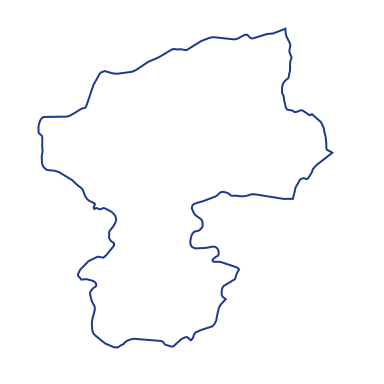 outline of Bamyan, rotated 352°
{"feature_id": "AFG-1743", "entity_name": "Bamyan", "entity_type": "Province", "adm_level": 1, "iso_a3": "AFG", "parent_name": "Afghanistan", "parent_adm1": "", "projection": "equal_earth", "projection_center": [67.218, 34.704], "detail": "fine", "context": "isolated", "style": "outline", "palette": "blue", "viewbox_px": 384, "rotation_deg": 352, "n_neighbors": 0, "source": "natural_earth", "source_scale": "10m", "svg_char_len": 4602}
<svg xmlns="http://www.w3.org/2000/svg" viewBox="0 0 384 384"><g transform="rotate(352 192 192)"><path d="M210.5,302.8L204.4,307.8L202.5,310.5L201.3,313.5L200.7,314.9L198.0,322.9L195.9,325.8L194.6,327.0L193.2,327.9L180.9,330.1L175.9,331.6L175.1,332.4L174.5,333.1L173.9,333.9L172.8,336.3L172.3,337.0L171.2,337.9L170.9,338.4L170.5,338.7L170.1,338.7L167.8,335.8L167.2,335.2L166.9,335.0L166.0,334.9L164.7,335.0L162.2,335.8L160.7,336.4L152.3,342.1L151.4,342.3L150.3,342.3L144.7,339.7L143.9,339.1L143.7,338.8L143.3,338.2L142.9,337.3L142.5,336.5L141.7,335.8L140.6,335.2L114.2,329.3L111.7,329.3L107.2,330.2L105.3,331.2L103.9,332.1L103.3,332.8L102.6,333.2L100.8,333.7L96.9,335.6L93.6,335.1L85.1,330.1L76.6,321.0L75.1,319.0L74.5,318.0L74.2,316.1L74.1,313.4L74.6,307.5L75.6,304.1L79.2,295.5L79.6,293.5L79.7,292.2L77.5,285.9L76.8,278.6L77.0,277.6L77.6,276.6L78.5,275.5L80.5,273.6L81.3,273.2L82.9,272.5L83.5,272.2L84.0,271.6L84.2,270.8L84.2,269.6L83.9,268.6L83.0,267.4L81.9,266.5L80.0,265.5L75.3,263.6L70.0,263.3L69.0,261.2L67.5,259.1L67.6,258.2L67.7,257.5L70.4,253.4L79.5,246.4L81.0,245.7L89.1,243.1L89.7,243.0L90.4,243.1L95.1,244.7L96.3,244.0L98.3,242.6L107.4,234.1L107.6,231.8L105.0,229.4L104.4,228.4L103.6,226.2L103.5,225.2L104.0,223.0L104.3,220.5L104.5,220.1L104.8,219.4L109.3,215.0L111.7,211.9L112.5,210.4L113.0,209.1L113.1,207.7L112.9,206.3L112.5,204.7L111.7,203.2L110.2,201.2L108.4,199.5L103.3,196.0L102.3,195.6L101.6,195.6L99.6,196.2L98.9,196.3L98.4,196.2L97.8,196.1L95.3,194.6L94.9,194.5L94.6,194.6L93.4,195.2L92.9,195.2L92.6,194.8L92.6,193.4L93.0,192.4L94.1,190.9L94.2,190.4L93.7,189.6L92.7,188.8L90.3,187.3L88.8,186.2L87.5,184.8L86.0,182.1L85.3,180.0L84.0,174.1L83.2,173.0L78.9,168.5L76.4,165.4L75.9,164.6L75.5,164.0L63.3,154.0L59.2,151.9L52.5,150.3L51.1,149.7L50.2,148.8L49.8,148.4L48.7,146.9L48.2,146.0L47.9,144.9L47.7,143.5L47.6,141.9L48.0,136.7L48.3,135.3L48.6,134.2L49.1,133.0L49.7,130.7L50.0,125.8L51.3,117.8L51.3,116.6L51.1,115.4L50.5,114.6L49.2,113.2L48.7,112.5L48.5,111.9L48.4,111.1L49.1,105.9L49.4,104.8L50.4,102.4L51.1,101.1L51.8,99.9L52.8,98.7L53.7,97.9L54.6,97.3L56.9,97.2L78.1,99.9L81.2,99.6L86.3,97.6L93.8,94.3L94.9,94.0L97.8,93.8L98.7,93.0L99.7,91.4L109.3,72.3L116.7,62.5L118.3,61.0L122.3,60.1L130.3,63.6L134.3,64.5L149.1,64.6L153.3,63.5L166.6,57.1L178.1,53.9L191.8,48.1L193.5,47.9L194.8,48.0L195.6,48.4L197.5,48.8L200.4,49.0L206.2,50.8L222.1,43.8L231.2,41.7L235.0,41.7L254.4,46.6L256.4,46.8L258.0,46.6L266.0,43.7L267.4,43.7L268.5,44.0L269.2,44.7L270.5,46.6L271.3,47.5L272.5,48.2L273.6,48.4L288.3,46.0L294.2,46.3L307.2,43.3L306.8,48.3L307.4,51.7L309.6,58.3L309.8,59.9L309.6,61.4L308.5,64.2L308.0,66.2L308.1,67.9L309.2,71.9L309.1,73.3L308.6,74.4L308.0,75.3L307.4,76.9L306.9,78.9L306.1,84.6L305.7,86.2L304.7,88.6L304.2,90.4L303.3,92.6L299.5,94.9L298.7,95.7L297.6,96.9L296.9,98.1L296.1,99.8L295.7,101.1L295.1,105.4L295.1,106.5L295.3,107.6L295.7,108.6L296.0,109.6L296.1,110.8L296.1,111.9L296.0,113.2L296.0,114.3L296.7,120.9L297.0,122.4L297.6,123.3L298.3,123.9L302.8,125.3L303.3,125.7L303.8,126.3L304.3,126.8L305.0,127.2L305.8,127.3L306.9,127.2L310.3,126.3L311.4,126.3L312.4,126.5L313.4,127.1L318.6,131.9L319.3,132.2L320.0,132.2L320.7,132.1L321.6,131.6L329.4,140.7L331.3,146.5L331.5,151.5L332.0,155.9L331.8,161.7L331.1,167.7L331.4,168.7L331.8,169.3L334.6,171.1L336.4,172.7L319.4,182.4L315.2,185.8L313.1,189.6L310.0,193.3L308.4,194.8L307.2,195.3L305.5,194.2L304.4,193.9L303.2,193.9L301.4,194.4L300.4,195.1L299.4,196.3L298.4,197.9L295.5,201.6L294.9,202.6L294.1,205.0L290.9,212.8L281.8,211.6L254.5,203.2L251.0,202.5L245.4,203.4L241.2,203.3L238.8,202.8L235.9,201.9L231.4,201.4L230.2,201.0L229.5,200.3L228.7,199.3L227.5,198.2L224.7,196.8L223.0,196.3L221.6,196.1L220.7,196.2L219.8,196.5L215.7,199.3L214.7,199.7L201.7,202.6L193.5,203.8L192.3,204.3L190.8,205.1L190.3,205.9L189.5,208.0L191.0,213.5L192.6,215.9L197.0,220.0L197.8,221.4L198.2,222.9L198.0,226.3L197.7,227.5L197.2,228.3L194.7,230.5L193.9,230.9L193.1,231.2L189.1,231.6L188.2,232.0L187.3,232.7L186.5,233.5L185.8,234.6L185.0,236.1L184.3,238.0L183.3,241.2L183.3,243.5L183.7,245.2L184.5,246.4L185.5,247.2L186.5,247.8L187.5,248.3L197.9,249.3L204.4,249.0L205.9,249.1L207.2,249.5L208.8,250.8L209.5,252.1L209.9,253.5L210.0,254.7L210.0,256.0L209.8,257.0L209.5,257.8L209.0,258.4L208.4,258.9L207.8,259.1L206.6,259.5L203.3,261.6L203.0,262.3L202.9,263.4L203.5,263.9L204.3,264.2L209.1,264.9L210.9,265.4L225.5,272.7L227.3,274.2L227.8,275.4L226.3,277.1L224.2,280.3L223.7,281.3L223.1,283.2L222.7,283.9L222.1,284.4L210.2,289.5L209.1,290.6L208.2,292.3L207.2,296.3L207.2,298.4L207.8,300.1L210.5,302.8Z" fill="none" stroke="#1e3a8a" stroke-width="2"/></g></svg>